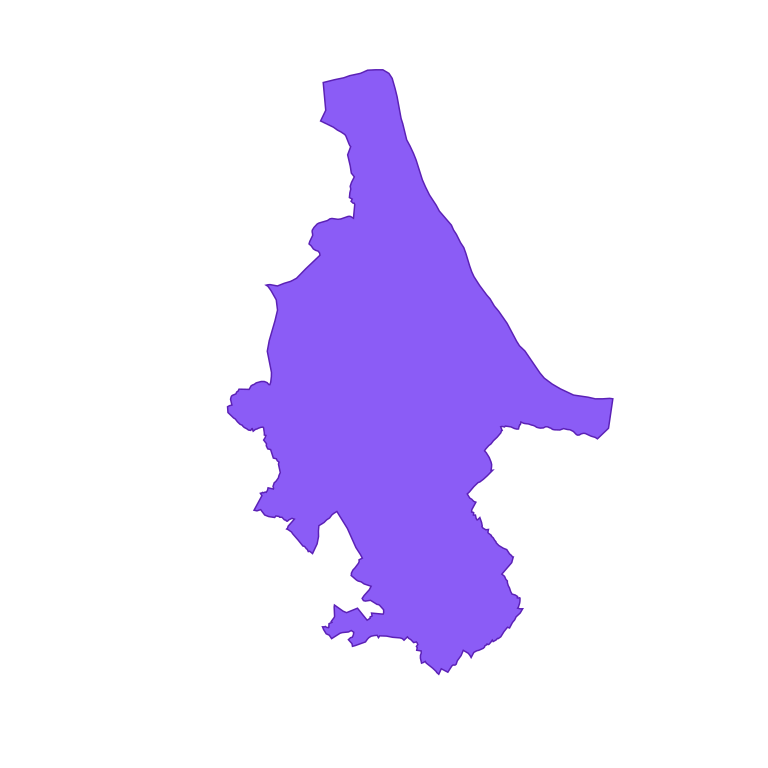 outline of Aguata, Anambra, Nigeria, rotated 229°
{"feature_id": "59680162B7486965108625", "entity_name": "Aguata", "entity_type": "district", "adm_level": 2, "iso_a3": "NGA", "parent_name": "Nigeria", "parent_adm1": "Anambra", "projection": "orthographic", "projection_center": [7.074, 5.98], "detail": "fine", "context": "isolated", "style": "filled", "palette": "violet", "viewbox_px": 768, "rotation_deg": 229, "n_neighbors": 0, "source": "geoboundaries", "source_scale": "gbopen_adm2", "svg_char_len": 6171}
<svg xmlns="http://www.w3.org/2000/svg" viewBox="0 0 768 768"><g transform="rotate(229 384 384)"><path d="M222.7,547.0L225.1,544.9L229.6,539.0L234.1,533.8L240.1,529.4L251.3,519.8L264.7,513.9L273.6,510.9L283.2,508.8L289.9,508.9L316.5,512.0L323.9,511.3L329.1,512.1L349.0,516.7L363.8,518.3L370.4,518.4L378.6,519.9L383.7,519.9L395.6,520.8L405.9,522.3L411.1,523.8L416.9,526.1L428.7,531.4L434.6,533.7L440.5,534.5L449.4,536.8L454.5,537.5L459.7,539.1L478.2,539.2L484.8,540.7L496.7,542.3L505.5,544.6L512.9,546.9L532.0,555.2L538.6,557.5L546.7,559.8L553.4,561.3L568.1,568.9L573.2,571.1L592.3,582.4L599.7,586.2L609.3,590.7L615.2,591.5L621.8,589.3L626.4,584.1L631.6,577.5L633.9,570.0L639.2,560.4L641.5,554.5L646.1,546.3L651.4,535.9L628.8,519.6L624.1,508.7L611.0,514.3L606.3,515.4L602.4,516.9L598.0,518.1L596.1,517.9L588.1,515.1L586.3,514.6L585.0,514.6L580.8,506.9L570.6,501.5L564.6,497.7L559.8,497.5L557.5,491.8L555.4,488.2L552.9,486.8L550.8,483.8L547.4,480.2L544.4,481.3L543.5,479.0L540.8,479.3L540.0,480.1L538.7,479.7L529.1,469.7L532.2,468.7L533.0,468.2L534.0,466.9L536.9,459.7L538.5,457.3L543.1,453.3L544.1,451.6L544.5,448.5L548.2,440.4L548.6,438.6L548.1,433.9L547.1,430.7L546.0,429.6L544.2,428.6L542.9,427.6L540.3,421.5L538.9,419.3L536.2,419.7L532.2,419.3L529.7,420.1L527.6,421.4L525.3,421.4L523.2,420.2L522.3,400.6L521.2,387.3L522.7,380.9L525.5,374.7L527.9,367.9L533.8,363.2L535.1,361.4L535.9,359.9L533.9,360.5L528.6,360.0L518.2,357.9L509.6,352.1L503.3,343.3L492.0,325.8L485.3,317.4L466.6,306.7L463.5,303.9L459.7,299.7L458.4,297.4L459.1,296.7L461.7,296.7L464.4,295.3L466.5,292.9L468.7,288.3L468.9,285.8L469.5,284.2L469.8,282.5L468.4,278.7L475.2,271.2L474.3,268.9L474.6,268.1L474.5,267.3L473.7,265.8L474.9,262.1L474.9,261.0L474.5,260.1L473.2,258.2L467.9,255.4L469.0,253.2L469.5,251.0L464.8,247.5L457.0,248.2L455.2,248.8L451.6,248.6L448.2,248.9L445.7,250.0L444.9,249.8L442.9,250.0L440.4,251.0L438.2,251.5L436.4,253.0L437.0,255.0L436.8,255.3L434.2,254.3L434.1,257.2L433.3,258.9L433.1,260.0L432.0,262.8L430.8,264.4L430.0,264.4L425.6,261.6L424.0,260.2L422.7,261.1L421.5,259.1L420.7,256.4L416.0,256.1L414.6,254.6L411.3,253.7L408.9,255.4L400.7,251.9L398.1,253.7L396.2,253.1L393.9,253.5L392.8,251.8L385.2,247.6L383.9,244.8L382.4,242.6L381.4,238.4L381.5,236.4L379.5,233.0L377.8,232.3L377.3,231.6L381.7,228.4L380.2,226.3L379.5,224.0L380.4,223.5L380.9,221.8L381.9,221.2L381.9,220.5L382.6,219.0L379.8,218.6L374.0,203.1L371.6,204.9L370.1,208.5L363.4,208.0L359.6,210.0L355.0,213.9L355.3,215.9L352.9,217.9L352.0,217.8L350.3,219.6L346.8,219.7L345.8,220.5L344.5,220.5L343.8,221.2L343.9,223.0L343.0,226.4L340.8,227.7L339.6,218.4L338.5,216.6L338.4,215.4L337.0,216.1L333.0,217.1L330.9,216.8L322.8,216.8L314.9,216.5L313.7,217.4L312.8,217.5L310.6,217.3L309.6,217.6L307.2,216.9L306.5,218.2L302.9,218.8L307.2,228.6L311.8,234.5L316.0,238.0L319.8,241.9L318.8,247.9L319.1,251.6L318.6,255.0L319.4,258.8L319.3,261.2L318.7,264.8L299.0,261.6L279.0,255.5L270.6,254.3L266.8,253.4L267.7,249.8L266.4,248.9L265.5,247.2L264.3,241.6L264.0,238.5L262.6,235.2L261.7,234.6L261.1,233.6L254.1,234.6L252.3,235.2L249.6,237.0L246.2,237.8L239.8,241.6L238.4,238.0L237.4,230.2L236.5,226.8L234.0,226.4L232.4,227.5L229.6,231.9L222.1,234.2L221.5,234.9L220.1,235.5L213.9,235.6L211.6,233.7L210.9,232.3L219.3,224.3L217.3,223.2L216.7,222.5L217.3,220.8L217.2,220.5L216.3,219.9L216.8,216.3L232.2,216.9L236.0,205.7L239.4,204.1L249.7,201.6L248.4,200.1L241.0,194.2L240.5,193.3L239.4,188.3L238.3,188.3L239.2,185.3L236.5,182.6L236.5,182.3L237.9,181.1L239.6,180.6L239.7,179.8L241.1,178.3L238.3,177.3L233.4,176.5L230.3,177.9L226.2,177.4L224.7,187.4L223.7,189.5L220.1,194.6L219.5,197.5L216.5,198.3L214.8,196.3L213.7,194.0L214.5,192.3L214.4,189.4L209.1,189.5L206.7,188.1L205.4,190.8L201.5,200.8L202.3,204.1L202.5,206.2L202.1,208.8L200.6,211.5L198.8,214.0L196.2,213.4L196.7,215.6L192.1,220.5L187.1,224.4L181.8,229.6L179.8,230.8L177.5,231.0L177.8,235.8L175.8,235.8L173.5,236.5L169.4,236.7L168.1,239.2L167.0,239.2L165.1,238.5L164.7,236.3L163.2,236.1L161.6,234.0L158.2,236.9L156.5,235.6L155.3,233.5L153.2,231.6L148.7,229.2L147.9,231.3L147.6,233.1L145.7,232.8L137.7,234.3L132.4,234.8L131.9,234.5L129.0,234.9L131.5,240.4L124.6,243.1L126.7,250.3L126.6,251.9L125.9,252.4L125.2,253.4L125.2,254.7L127.0,257.7L128.5,264.1L131.0,269.1L125.6,270.9L122.7,270.8L120.4,270.3L122.5,275.7L121.8,279.0L120.8,280.9L119.4,285.5L119.5,287.2L120.2,288.2L119.9,289.9L120.2,291.2L119.1,291.5L118.7,292.4L119.0,295.1L119.7,297.7L118.0,297.4L117.3,300.6L117.5,302.8L116.9,303.2L116.6,306.3L118.4,312.1L119.4,317.6L117.5,318.7L119.7,324.4L120.3,328.0L121.6,330.9L121.8,336.5L123.4,341.2L124.8,339.5L127.1,337.8L127.7,339.5L129.7,342.7L131.1,344.3L133.2,346.2L133.8,346.0L134.3,345.0L135.2,344.3L136.0,345.4L138.7,344.6L141.5,342.8L144.2,343.4L147.7,344.9L150.3,345.5L153.0,346.7L154.5,347.9L156.6,347.8L159.8,348.8L163.2,348.2L165.4,363.2L168.6,368.0L168.9,367.5L171.0,367.7L173.4,367.3L178.5,368.0L181.8,366.3L186.8,364.7L190.6,364.5L191.5,365.0L193.7,365.0L196.1,365.5L198.8,365.2L199.3,365.7L203.0,364.9L203.9,365.1L205.7,367.4L207.2,365.2L210.2,364.2L212.1,364.3L212.4,365.0L215.5,366.8L220.3,368.7L220.1,366.1L220.3,365.1L222.0,365.3L225.1,367.0L226.4,365.5L228.1,367.3L229.2,366.8L229.3,366.4L229.9,366.1L231.3,367.5L231.8,368.5L234.5,375.8L236.6,374.7L239.4,374.6L241.7,373.9L246.4,374.7L246.5,377.6L247.6,384.6L247.9,390.3L247.2,392.1L246.9,396.5L247.0,401.7L247.6,409.4L248.5,408.0L250.8,410.7L252.6,412.4L254.9,413.6L259.5,415.2L265.1,416.1L267.6,416.0L268.2,418.1L268.8,422.7L268.6,425.4L269.4,429.4L269.6,434.5L270.5,440.2L271.8,442.1L271.4,442.7L275.2,444.0L274.6,445.2L272.5,446.8L272.7,447.9L270.8,449.6L268.3,451.7L264.9,453.2L262.9,454.6L261.8,456.0L263.0,457.6L264.2,459.7L263.9,460.0L264.1,460.7L265.5,462.4L263.0,463.5L261.7,464.4L259.1,466.8L256.1,468.5L255.1,469.3L253.4,470.2L251.2,470.8L249.7,471.8L248.2,473.0L246.3,475.5L245.7,478.0L244.3,479.4L242.4,480.2L241.3,480.9L239.2,481.4L237.7,482.5L233.9,486.6L232.5,490.3L229.4,492.5L227.4,494.4L223.9,495.8L219.8,496.0L218.6,496.4L217.4,497.9L217.0,500.1L216.0,502.1L214.7,503.4L208.7,506.1L205.1,508.4L202.6,509.1L203.3,524.4L222.7,547.0Z" fill="#8b5cf6" stroke="#5b21b6" stroke-width="1.5"/></g></svg>